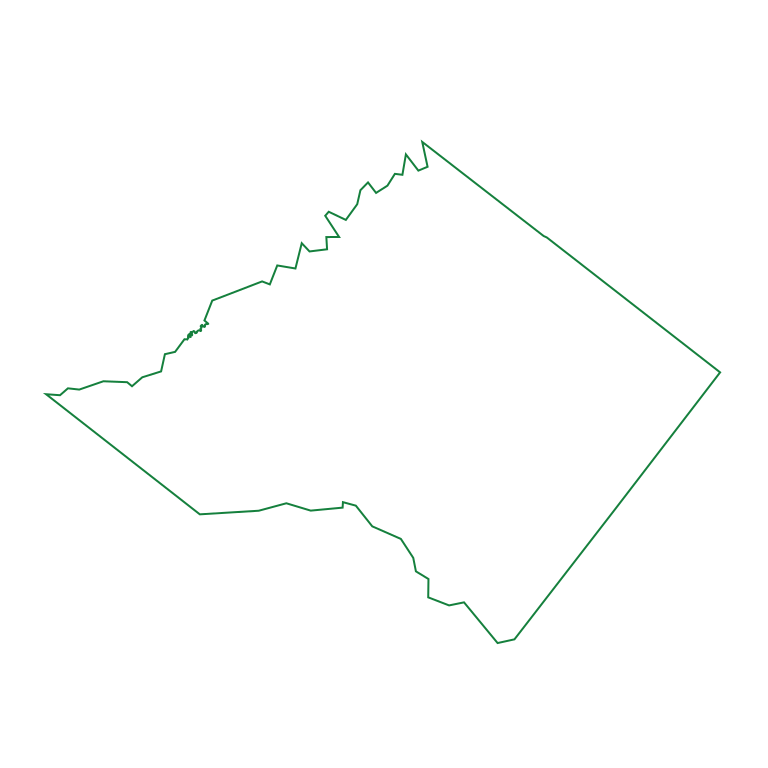 Smith, Texas, United States of America (Equal Earth projection), rotated 308°
{"feature_id": "52423323B77803099717971", "entity_name": "Smith", "entity_type": "district", "adm_level": 2, "iso_a3": "USA", "parent_name": "United States of America", "parent_adm1": "Texas", "projection": "equal_earth", "projection_center": [-95.37, 32.411], "detail": "fine", "context": "isolated", "style": "outline", "palette": "green", "viewbox_px": 768, "rotation_deg": 308, "n_neighbors": 0, "source": "geoboundaries", "source_scale": "gbopen_adm2", "svg_char_len": 2446}
<svg xmlns="http://www.w3.org/2000/svg" viewBox="0 0 768 768"><g transform="rotate(308 384 384)"><path d="M598.3,265.1L582.0,284.6L573.3,279.7L578.4,259.9L560.2,269.7L556.3,263.2L542.4,264.6L529.7,260.1L533.0,247.3L522.2,246.1L509.2,252.2L489.8,252.9L485.7,234.4L480.4,234.1L472.2,258.1L464.3,248.1L455.1,256.2L442.6,243.7L444.3,232.5L420.5,243.1L411.7,226.9L392.2,232.7L389.8,224.8L344.0,197.3L323.5,203.4L323.3,208.3L323.2,208.4L322.9,208.3L322.6,208.1L321.7,207.0L321.5,206.8L321.1,206.6L320.5,206.5L320.2,206.6L319.5,207.2L319.3,207.4L318.8,207.5L318.5,207.4L318.3,207.1L318.3,206.8L318.3,206.0L318.1,205.1L318.5,204.8L318.6,204.5L318.6,204.4L318.5,204.2L318.3,204.1L317.8,204.0L317.2,203.9L316.9,203.9L316.6,204.1L316.5,204.3L316.5,204.6L316.5,204.8L316.5,205.2L316.4,205.4L316.2,205.5L315.9,205.5L315.1,205.4L314.8,205.4L314.5,205.4L314.3,205.7L314.3,205.9L314.3,206.2L314.2,206.4L313.8,206.8L313.6,206.9L313.3,207.0L313.0,207.0L312.8,206.8L312.7,206.7L312.9,206.2L312.8,205.7L312.5,205.3L312.2,205.0L311.8,204.7L310.8,204.5L310.0,204.3L309.8,204.4L309.7,204.7L309.3,204.8L308.9,204.7L308.7,204.7L307.9,204.0L307.9,203.7L308.3,203.3L308.4,203.0L308.6,202.5L308.7,202.3L308.7,201.9L308.6,201.6L308.5,201.4L308.2,201.3L307.7,201.2L307.0,201.2L306.8,201.1L306.6,200.9L306.5,200.3L306.1,199.9L305.8,200.3L305.7,200.3L305.4,200.3L305.4,200.9L305.5,201.6L305.4,201.7L305.0,201.3L304.9,201.0L304.8,200.9L304.6,200.5L304.4,200.0L304.2,200.0L304.2,200.7L304.3,201.2L304.4,201.8L304.7,202.3L304.7,202.5L304.4,202.7L304.1,202.7L303.7,202.5L303.5,202.3L303.3,202.0L303.0,201.9L302.7,202.0L302.0,202.4L301.9,202.5L301.8,202.4L301.7,202.1L301.6,201.9L301.7,201.6L301.8,201.3L302.2,200.9L302.5,200.9L303.0,200.4L303.0,200.2L303.0,199.9L302.9,199.7L302.6,199.6L302.4,199.6L301.8,199.9L301.4,199.9L301.2,200.0L300.9,200.3L300.4,200.7L300.2,200.7L300.0,200.9L299.9,201.2L299.7,201.5L298.5,201.5L298.3,201.6L298.1,201.6L298.1,201.2L297.6,200.8L297.2,200.5L297.0,200.2L296.7,199.5L296.6,199.4L296.4,199.2L280.7,199.6L272.6,193.0L256.7,200.6L240.5,189.4L227.1,186.8L227.3,180.5L213.4,161.2L192.0,147.3L186.0,137.6L175.7,135.6L167.9,124.0L167.9,319.1L207.0,363.3L229.9,380.5L239.1,404.2L261.1,427.5L265.6,424.4L270.8,436.7L264.6,462.4L272.3,492.7L265.0,514.1L256.0,524.5L257.7,539.1L243.1,550.2L249.6,571.6L261.2,581.5L249.8,633.0L263.1,644.0L427.7,643.2L600.1,641.7L599.7,422.0L598.9,418.7L598.3,265.1Z" fill="none" stroke="#15803d" stroke-width="2"/></g></svg>